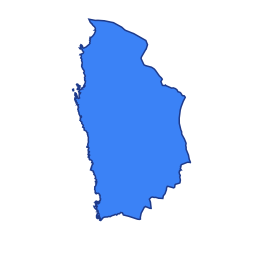 Nkasi, Rukwa, United Republic of Tanzania, rotated 17°
{"feature_id": "72390352B34861075189695", "entity_name": "Nkasi", "entity_type": "district", "adm_level": 2, "iso_a3": "TZA", "parent_name": "United Republic of Tanzania", "parent_adm1": "Rukwa", "projection": "mercator", "projection_center": [30.833, -7.587], "detail": "fine", "context": "isolated", "style": "filled", "palette": "blue", "viewbox_px": 256, "rotation_deg": 17, "n_neighbors": 0, "source": "geoboundaries", "source_scale": "gbopen_adm2", "svg_char_len": 5782}
<svg xmlns="http://www.w3.org/2000/svg" viewBox="0 0 256 256"><g transform="rotate(17 128 128)"><path d="M119.5,39.1L106.1,36.1L97.4,35.4L96.1,35.1L92.5,33.4L83.3,31.5L74.0,32.4L67.9,33.8L65.2,34.7L58.8,35.4L61.1,38.0L61.9,38.5L62.4,38.5L63.0,39.1L63.3,39.0L64.0,39.8L65.4,40.6L66.0,40.7L67.1,41.6L67.9,42.7L67.9,43.6L67.6,44.0L68.0,43.9L68.4,44.2L68.6,45.2L68.2,48.2L67.5,50.1L66.2,52.4L65.3,52.3L65.4,53.6L66.0,53.9L66.1,54.2L65.6,55.2L66.5,55.8L66.3,57.3L66.9,58.0L66.5,59.2L64.2,62.8L62.2,64.6L61.0,64.3L60.7,63.2L59.5,62.3L58.6,62.1L58.3,63.5L58.5,63.6L58.7,63.4L59.3,63.9L59.4,64.8L59.2,65.0L59.5,65.8L58.4,65.8L58.8,66.2L59.5,66.3L59.7,65.9L60.6,66.0L61.4,66.5L61.7,67.3L63.3,68.2L63.4,69.0L62.9,70.2L62.1,70.6L61.6,71.5L60.8,71.5L60.7,71.9L61.0,71.8L62.0,72.2L62.3,72.6L62.6,73.6L62.3,74.8L63.7,75.6L63.9,77.2L65.0,78.5L65.5,80.5L65.3,81.1L65.7,81.5L65.5,82.3L66.1,83.2L67.2,84.1L67.2,84.6L68.8,85.6L69.6,86.5L69.7,87.1L69.4,88.1L72.0,90.8L72.0,91.4L71.6,92.1L71.8,92.9L72.5,93.5L72.4,94.6L72.9,95.3L73.6,95.5L73.9,97.6L73.5,99.9L73.8,99.7L74.2,99.9L74.5,100.3L74.5,100.7L74.4,100.9L74.3,100.4L73.8,100.7L73.3,102.3L72.2,103.3L72.7,103.8L72.3,103.8L72.3,104.2L71.5,104.9L72.1,104.7L70.4,105.9L70.6,106.7L70.1,107.7L70.5,108.1L72.3,108.1L72.3,108.9L71.9,109.2L71.6,108.9L71.3,109.3L71.9,109.8L71.5,110.6L72.2,112.4L72.9,113.4L72.2,114.2L71.8,114.3L70.3,113.7L70.0,114.5L68.5,114.7L68.6,115.6L68.9,115.6L68.9,116.4L69.3,116.4L69.9,117.2L70.3,117.0L70.4,117.3L69.8,117.6L70.3,118.2L70.8,118.0L71.1,119.1L71.7,118.8L71.7,119.2L72.3,119.8L72.2,120.4L72.6,120.1L72.8,120.4L73.7,120.3L73.5,121.3L74.2,121.8L74.2,122.4L74.8,123.0L74.4,123.7L74.7,124.3L74.6,124.9L75.5,125.9L75.5,126.4L76.5,127.4L77.0,128.8L78.9,130.8L79.7,130.2L80.2,130.7L80.3,131.3L79.4,132.5L80.0,133.3L79.8,134.6L80.3,134.7L80.9,135.4L82.2,135.9L82.4,137.1L84.5,138.5L84.4,140.4L86.0,140.7L86.2,141.7L86.6,142.1L86.6,142.7L89.0,143.2L90.3,144.5L90.8,144.5L90.9,145.7L91.7,146.4L91.8,147.2L92.8,148.3L93.6,151.3L94.3,153.0L94.3,155.5L94.9,156.5L94.9,157.3L94.2,157.6L94.2,158.3L94.7,158.4L95.6,157.9L96.3,158.4L96.4,158.9L96.2,160.1L96.5,161.2L96.8,161.8L97.9,161.8L98.1,162.1L97.8,162.9L97.3,163.1L97.4,163.5L97.8,163.7L97.5,165.1L98.2,165.6L98.8,165.0L99.1,165.0L99.3,165.3L99.2,165.7L98.7,166.2L98.4,167.3L98.5,167.5L99.2,167.1L100.1,168.6L99.9,168.9L100.6,169.6L101.2,169.3L103.0,169.8L103.5,170.6L103.4,171.7L104.3,171.5L104.9,172.2L104.9,173.0L104.6,173.2L104.4,176.2L104.8,176.7L104.3,177.4L104.6,177.9L104.4,179.0L107.4,179.4L107.8,179.9L107.7,180.3L108.9,181.3L109.0,182.4L109.8,182.6L110.8,183.6L111.5,184.9L111.3,186.0L112.9,186.5L113.3,187.7L113.0,188.3L112.7,188.2L112.4,188.5L112.5,188.9L113.9,188.9L113.5,189.8L114.0,190.0L114.1,190.5L113.6,191.0L114.0,191.3L114.0,192.7L113.4,194.0L113.9,195.2L114.0,196.3L115.0,197.6L115.5,199.4L116.2,200.0L116.5,199.7L116.6,200.0L117.1,200.1L117.4,199.6L118.8,199.1L120.3,199.9L120.4,200.5L121.0,200.7L121.5,202.5L122.1,203.7L122.6,203.9L122.4,204.9L122.7,205.4L121.9,206.2L121.9,206.6L122.4,206.7L122.6,207.1L121.8,208.6L122.1,208.6L121.8,209.1L121.5,209.1L121.0,208.4L121.1,207.6L120.9,207.3L118.9,207.2L118.2,208.5L119.7,208.1L119.9,208.8L119.6,208.5L119.3,208.6L118.9,210.0L119.3,210.3L119.8,210.1L120.3,210.4L119.8,211.6L120.0,212.1L120.6,212.3L120.9,211.5L121.5,212.0L121.1,212.6L121.6,213.9L121.0,214.6L122.6,216.0L123.0,215.9L123.0,215.6L123.3,215.7L123.6,216.2L123.2,216.3L123.4,216.8L123.0,217.2L123.9,217.2L125.1,218.4L124.5,218.4L123.8,218.8L124.1,219.3L123.7,219.7L123.5,220.8L124.0,222.6L124.6,223.3L125.0,223.4L124.9,222.4L126.3,223.0L126.2,222.2L126.8,222.2L126.6,221.7L125.9,221.1L125.1,221.5L124.7,221.3L125.5,220.5L126.1,220.2L127.4,222.3L128.0,222.4L128.5,223.3L128.4,223.5L127.7,223.0L128.1,224.0L128.0,224.4L128.7,224.5L128.9,224.4L128.8,223.8L129.2,223.9L129.4,223.5L130.5,221.0L131.7,220.0L134.3,219.1L135.5,218.2L136.9,218.0L138.2,216.6L140.3,215.2L140.7,214.6L141.5,214.3L142.6,214.5L142.6,214.1L143.5,213.2L143.6,212.8L145.0,212.5L145.7,210.9L147.5,210.8L149.0,212.5L154.4,212.2L163.6,212.4L165.6,212.1L166.5,211.5L165.9,209.7L165.5,205.6L166.8,198.9L167.7,198.3L167.7,198.0L172.5,198.4L173.6,198.1L171.1,192.3L169.2,189.8L170.4,187.6L171.7,186.8L173.2,186.8L174.8,186.2L177.8,186.2L181.9,185.2L181.6,182.6L182.6,180.0L182.8,175.8L182.4,174.1L182.6,172.4L183.2,172.1L189.2,171.9L189.9,171.1L189.6,168.5L189.8,168.0L193.1,165.8L193.7,165.2L193.3,162.4L191.7,159.6L191.9,158.5L191.7,157.8L191.1,157.6L189.9,155.6L189.8,154.5L190.1,153.9L189.9,153.6L190.3,153.4L190.3,152.7L191.1,152.5L189.9,151.5L189.9,149.5L189.4,149.2L189.7,148.6L189.7,147.5L194.7,143.5L196.9,142.8L197.6,142.9L197.7,142.5L195.7,140.0L193.7,136.2L189.8,131.4L189.2,129.3L188.4,128.1L188.0,125.6L185.1,122.0L181.2,118.2L180.3,115.8L179.1,114.4L175.7,108.6L174.1,103.6L172.7,95.5L172.6,92.1L173.0,86.3L173.8,82.0L173.6,81.7L172.3,80.8L170.5,81.1L168.3,79.2L167.2,78.7L165.2,78.7L163.7,77.2L161.9,76.5L159.6,76.4L158.1,77.1L151.9,76.4L151.3,76.0L150.9,76.6L148.5,77.2L145.9,74.0L146.5,71.3L145.4,70.4L142.7,69.0L137.3,64.8L135.6,63.8L132.7,63.0L126.9,63.2L125.1,63.0L124.5,62.6L120.3,57.9L120.1,57.3L120.1,56.0L122.0,47.8L122.3,47.3L122.3,42.6L119.5,39.1ZM66.9,100.8L66.3,100.9L66.1,101.5L66.5,101.7L66.9,101.5L67.0,102.5L67.5,102.7L68.3,102.5L68.8,103.0L68.9,103.6L68.2,104.5L68.1,105.1L68.2,106.0L68.7,106.0L69.0,105.8L68.9,105.2L69.1,104.9L70.1,104.4L70.1,102.9L69.7,102.2L69.9,101.8L69.3,101.6L68.2,102.0L67.9,101.3L67.0,101.3L66.9,100.8ZM67.5,109.8L67.1,110.0L67.4,110.5L67.2,111.2L68.1,111.8L67.8,112.5L68.7,113.1L70.3,112.8L68.4,110.2L67.9,110.2L67.5,109.8ZM65.1,108.2L64.5,106.8L63.8,107.3L64.0,107.8L64.7,108.5L65.1,108.2ZM119.7,214.2L119.4,213.0L118.8,212.7L118.3,212.8L119.1,213.8L119.7,214.2Z" fill="#3b82f6" stroke="#1e3a8a" stroke-width="1.5"/></g></svg>